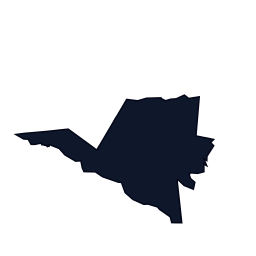 outline of Lancaster, South Carolina, United States of America, rotated 300°
{"feature_id": "52423323B10055621117527", "entity_name": "Lancaster", "entity_type": "district", "adm_level": 2, "iso_a3": "USA", "parent_name": "United States of America", "parent_adm1": "South Carolina", "projection": "orthographic", "projection_center": [-80.794, 34.767], "detail": "fine", "context": "isolated", "style": "filled", "palette": "ink", "viewbox_px": 256, "rotation_deg": 300, "n_neighbors": 0, "source": "geoboundaries", "source_scale": "gbopen_adm2", "svg_char_len": 1450}
<svg xmlns="http://www.w3.org/2000/svg" viewBox="0 0 256 256"><g transform="rotate(300 128 128)"><path d="M190.6,174.1L183.9,165.8L184.7,160.4L177.4,155.2L174.3,150.6L170.4,146.9L170.1,142.1L170.6,141.5L163.1,129.2L156.4,122.8L152.1,112.6L137.2,112.5L136.1,112.4L136.0,112.5L131.4,112.4L130.9,112.3L124.8,112.3L121.6,112.3L110.9,112.2L99.7,112.1L98.2,112.0L93.3,112.0L93.4,110.8L93.9,106.5L96.0,87.0L97.1,76.8L91.1,68.5L91.0,68.4L87.3,63.4L82.6,56.8L75.1,46.1L71.7,41.2L66.3,34.1L66.3,43.1L68.4,47.2L65.4,52.2L67.2,55.5L71.4,60.2L70.5,61.8L70.8,61.9L70.9,62.0L70.8,62.3L70.9,62.6L71.0,62.7L71.1,63.1L71.2,63.4L71.3,63.7L71.3,63.8L71.3,64.0L71.3,64.3L71.4,64.5L71.7,64.6L71.8,64.8L71.7,65.0L71.8,65.1L71.8,65.4L71.8,65.5L72.0,65.9L72.2,66.1L72.1,66.3L71.9,66.6L71.7,66.9L71.7,67.1L71.6,67.5L72.0,67.9L72.1,67.6L72.2,67.4L72.3,67.4L72.5,67.6L72.6,67.9L72.8,68.7L73.1,68.5L73.2,68.3L73.4,68.3L73.4,68.2L73.6,68.1L73.8,67.9L74.0,67.8L74.3,67.9L75.9,78.8L73.2,86.7L73.1,99.2L76.0,103.6L70.5,108.5L68.2,111.7L73.7,121.6L73.1,130.4L76.2,146.5L77.6,149.6L70.6,157.9L68.6,168.1L69.8,179.7L72.1,183.4L74.4,193.0L73.3,196.0L72.2,209.1L67.9,213.2L72.8,221.9L106.8,197.0L108.3,197.1L106.3,205.3L107.7,215.2L114.4,213.0L115.4,207.6L118.1,204.3L120.4,204.5L123.7,211.2L128.1,215.6L134.7,211.7L134.7,215.0L139.3,209.1L139.2,212.5L143.0,210.5L155.5,211.1L156.7,206.8L160.9,207.9L155.1,190.8L190.6,174.1Z" fill="#0f172a" stroke="#020617" stroke-width="1.5"/></g></svg>